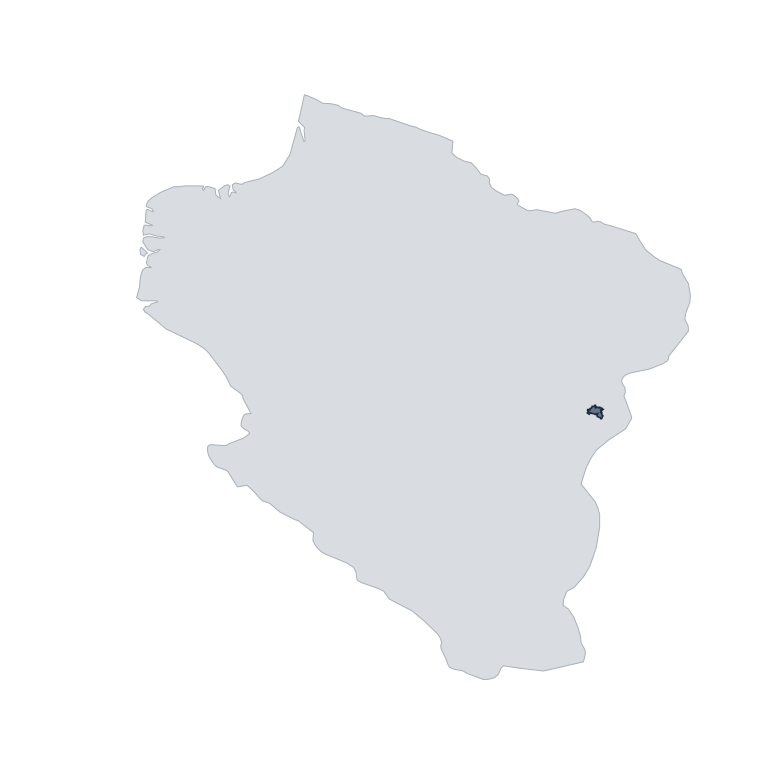 Bindawa, Katsina, Nigeria (highlighted), rotated 106°
{"feature_id": "59680162B3936014826761", "entity_name": "Bindawa", "entity_type": "district", "adm_level": 2, "iso_a3": "NGA", "parent_name": "Nigeria", "parent_adm1": "Katsina", "projection": "equal_earth", "projection_center": [7.884, 12.708], "detail": "fine", "context": "in_parent", "style": "filled", "palette": "slate", "viewbox_px": 768, "rotation_deg": 106, "n_neighbors": 0, "source": "geoboundaries", "source_scale": "gbopen_adm2", "svg_char_len": 5874}
<svg xmlns="http://www.w3.org/2000/svg" viewBox="0 0 768 768"><g transform="rotate(106 384 384)"><path d="M596.1,115.7L616.0,151.7L620.3,178.5L622.0,191.7L625.3,193.3L631.4,194.0L635.8,196.7L638.5,201.1L640.2,205.2L640.6,207.6L639.4,223.7L638.0,229.5L638.9,237.5L638.6,240.8L638.0,243.2L635.3,245.8L631.6,248.4L622.7,256.1L620.2,257.2L616.5,257.4L613.3,259.4L609.5,263.5L601.3,278.9L594.4,294.4L589.3,319.5L583.2,327.3L582.1,334.3L581.2,350.0L580.3,354.7L579.3,356.1L572.6,359.1L568.7,362.7L566.4,369.8L563.6,394.0L562.6,397.9L560.4,402.1L557.0,406.6L554.0,409.2L546.3,410.8L539.0,429.0L539.0,432.2L535.8,448.7L530.2,461.2L529.8,469.2L522.8,480.2L519.1,487.7L522.9,495.5L523.2,496.7L511.1,510.0L510.4,511.9L509.9,521.1L509.0,523.6L506.7,526.9L503.5,530.6L500.2,533.5L496.4,535.4L492.8,536.2L490.7,535.0L489.6,532.2L487.5,521.1L486.5,518.7L484.1,516.5L474.8,504.2L469.1,499.8L467.9,500.1L466.9,501.3L465.3,507.5L463.7,509.8L460.8,510.6L455.6,510.7L451.8,509.8L450.9,508.6L449.1,503.7L437.5,514.9L433.4,517.4L428.3,530.7L420.9,537.3L415.9,543.1L402.4,561.1L399.7,566.4L397.0,574.4L391.2,608.4L381.9,629.6L380.6,634.1L380.1,634.0L378.9,635.9L375.3,634.7L373.6,630.7L371.4,630.1L367.5,624.3L366.7,625.3L370.8,639.9L369.3,645.6L357.8,645.8L348.0,647.7L341.2,647.5L337.8,645.4L336.3,640.0L335.7,640.5L335.4,643.5L333.2,645.8L325.6,646.2L322.3,642.5L319.6,638.3L316.7,636.4L317.1,638.2L320.4,642.3L320.0,648.2L313.9,655.0L310.0,655.4L307.6,652.4L306.4,647.6L305.8,640.5L304.2,635.9L303.3,635.9L304.4,643.6L304.4,650.8L307.3,656.4L302.8,658.1L297.5,658.3L296.8,656.2L296.1,651.6L295.2,650.4L294.1,658.2L283.1,660.4L281.5,660.1L281.2,658.6L282.0,656.5L281.8,653.0L279.4,655.7L279.0,661.1L277.6,662.0L273.4,661.2L268.8,658.4L261.4,651.6L252.3,640.4L250.8,635.4L248.2,629.3L243.5,612.4L244.3,611.6L246.4,612.5L247.5,610.9L243.7,609.8L242.9,608.5L242.6,604.8L242.8,600.2L248.6,597.8L249.9,595.0L250.7,592.3L243.6,596.5L237.0,591.7L235.5,588.8L236.3,586.6L244.0,586.4L246.7,584.3L245.0,583.5L242.1,583.6L241.0,582.1L241.1,578.7L240.1,579.4L238.9,582.5L234.4,584.8L231.8,582.5L231.5,577.5L231.0,575.2L228.8,573.4L221.0,560.1L211.2,549.0L202.5,541.4L189.3,537.7L161.7,537.9L160.1,536.8L161.8,535.1L164.3,533.9L173.1,527.7L171.7,526.9L162.4,530.7L159.3,531.1L155.1,538.6L128.0,540.2L128.0,536.8L129.3,527.0L131.0,520.3L129.2,512.1L128.7,504.6L129.9,502.3L130.3,499.5L130.1,480.5L131.6,477.7L131.6,475.8L128.8,467.7L128.9,461.5L128.4,455.5L127.4,452.7L128.6,429.6L128.3,423.8L129.2,419.8L129.7,409.8L129.7,400.0L131.6,384.6L143.2,382.5L146.1,376.5L147.7,368.8L147.3,361.2L151.0,354.6L155.6,348.7L155.5,342.3L156.8,340.3L158.9,338.8L162.0,338.0L165.5,334.8L167.5,329.2L169.4,320.2L166.4,313.9L166.5,312.5L167.6,309.1L169.5,305.8L170.9,304.7L174.3,305.6L175.4,304.2L177.6,294.3L177.4,291.6L174.3,285.0L172.7,267.0L171.8,264.6L169.4,261.4L162.9,248.8L163.1,242.8L165.9,235.1L167.7,231.4L170.1,229.3L170.7,227.6L169.9,225.4L168.7,223.8L168.4,220.4L169.7,215.6L169.4,210.3L170.1,183.3L175.4,178.0L183.1,169.2L187.0,160.0L189.2,153.0L191.9,129.9L195.9,127.4L203.6,119.0L214.0,114.1L220.8,112.5L232.7,113.5L238.7,112.7L243.8,108.1L246.2,106.8L249.4,106.0L279.0,118.1L281.6,117.5L283.9,118.3L287.6,121.5L296.3,132.7L305.4,150.0L308.2,153.7L311.1,155.8L314.0,156.5L316.2,156.2L318.3,154.6L321.2,151.3L325.5,149.8L329.1,150.1L347.5,136.8L349.3,136.6L360.6,139.5L376.1,152.8L388.7,161.5L397.5,164.4L408.0,166.5L425.7,167.1L439.1,148.4L444.0,144.4L450.0,140.7L462.4,137.2L483.0,134.9L502.4,135.9L514.5,139.1L527.2,145.2L532.7,151.0L541.3,152.0L547.5,150.8L549.4,145.0L555.6,137.4L564.8,130.4L572.3,125.5L578.5,123.3L584.0,117.6L588.4,115.9L596.1,115.7ZM326.4,653.8L322.2,655.5L319.4,655.1L323.2,647.4L325.1,649.1L327.5,649.7L326.4,653.8Z" fill="#d9dde1" stroke="#a8b0b8" stroke-width="1"/><path d="M347.5,173.0L347.8,173.0L348.0,173.1L348.3,173.4L348.4,173.6L348.6,173.7L348.7,173.9L348.6,174.4L348.2,174.2L347.7,174.1L347.3,174.1L347.2,174.1L347.1,174.3L347.0,174.5L347.1,174.8L347.1,175.0L346.8,175.1L346.7,175.0L346.2,174.8L346.2,175.0L346.3,175.1L346.3,175.4L346.3,175.5L346.5,175.7L346.8,175.7L346.9,175.4L347.0,175.4L347.2,175.5L347.3,175.6L347.6,175.9L347.8,176.5L347.9,176.9L348.0,177.2L348.0,177.7L348.0,177.8L349.3,177.7L349.4,178.0L349.7,178.1L349.8,178.3L350.0,178.3L350.3,178.3L350.5,178.3L350.6,178.5L350.6,178.8L350.7,179.0L350.8,179.2L351.1,179.1L351.3,178.8L351.5,178.8L351.8,178.9L352.1,178.8L352.2,179.0L352.1,179.5L352.6,179.6L352.7,180.2L352.1,180.6L352.2,181.0L352.7,181.3L352.9,181.2L353.0,180.6L353.6,180.8L353.7,180.6L354.2,179.7L354.4,179.6L354.6,179.5L354.9,179.9L354.7,180.4L354.9,180.6L355.4,180.7L355.9,180.6L356.2,179.7L356.4,179.2L356.4,178.6L356.5,178.3L356.0,178.1L355.0,177.6L354.6,177.7L354.7,176.5L354.8,176.2L355.0,176.2L354.9,175.0L354.6,174.7L354.7,174.2L355.0,173.4L355.1,172.6L355.0,171.7L354.9,171.8L354.8,172.0L354.7,172.2L354.4,172.1L354.2,172.0L354.1,171.9L354.0,171.7L354.0,171.4L353.9,171.3L353.9,171.2L353.7,170.9L353.6,170.7L353.4,170.5L353.6,170.5L354.2,170.4L355.2,170.4L355.5,170.4L356.1,170.3L356.5,170.1L356.6,169.4L356.7,168.5L356.8,168.2L356.8,167.6L356.8,167.4L356.8,166.8L357.5,166.3L357.5,166.2L357.6,165.9L357.7,165.7L357.3,165.3L356.9,165.1L356.7,165.0L356.1,165.1L355.9,165.3L355.6,165.4L355.3,165.0L355.1,164.8L354.7,164.8L354.1,164.8L354.0,165.0L353.9,165.1L353.6,165.8L353.5,166.3L353.4,166.4L353.2,166.5L352.6,166.4L352.5,166.6L351.9,166.5L351.6,166.6L351.7,167.1L351.7,167.5L351.7,168.0L351.3,168.1L351.2,167.9L350.9,167.7L350.9,167.8L350.8,168.0L350.7,168.0L350.4,168.1L350.2,168.2L349.7,167.6L349.5,167.9L349.0,168.4L348.8,168.0L348.7,167.3L348.5,166.7L348.4,166.6L348.2,166.4L347.9,166.2L347.7,167.1L347.2,167.5L347.1,168.0L347.2,168.5L347.3,168.9L347.5,169.3L347.6,169.8L347.7,170.3L347.2,170.3L346.9,170.2L347.0,171.0L347.3,171.1L347.6,171.2L347.6,171.8L347.5,173.0Z" fill="#64748b" stroke="#1e293b" stroke-width="1.5"/></g></svg>